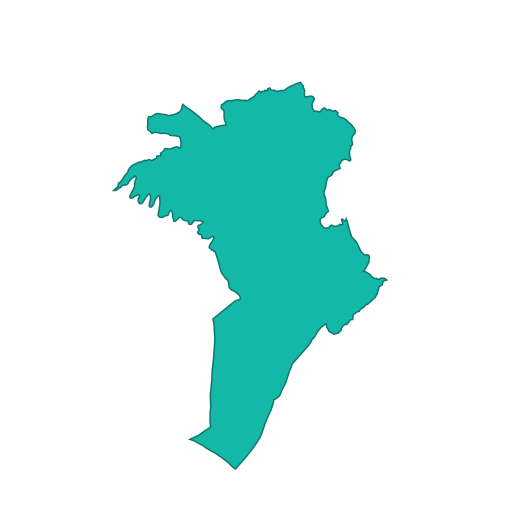 outline of Los Reyes, Veracruz, Mexico, rotated 330°
{"feature_id": "50627088B91246987771554", "entity_name": "Los Reyes", "entity_type": "district", "adm_level": 2, "iso_a3": "MEX", "parent_name": "Mexico", "parent_adm1": "Veracruz", "projection": "orthographic", "projection_center": [-97.042, 18.672], "detail": "fine", "context": "isolated", "style": "filled", "palette": "teal", "viewbox_px": 512, "rotation_deg": 330, "n_neighbors": 0, "source": "geoboundaries", "source_scale": "gbopen_adm2", "svg_char_len": 6145}
<svg xmlns="http://www.w3.org/2000/svg" viewBox="0 0 512 512"><g transform="rotate(330 256 256)"><path d="M107.1,381.7L110.3,385.6L114.6,392.6L117.1,397.9L120.2,403.3L122.4,406.9L124.1,410.6L125.5,413.2L126.8,416.4L128.9,421.7L129.9,425.8L131.7,430.2L147.1,425.0L157.4,420.9L163.5,417.9L168.8,415.1L174.1,411.0L179.6,406.0L185.1,401.7L192.3,396.6L195.9,393.4L197.7,391.6L199.4,389.5L201.3,389.6L203.6,389.5L206.4,388.8L208.6,387.4L210.8,385.5L218.6,380.4L227.1,372.7L231.0,369.8L233.2,367.7L257.3,359.5L260.3,358.1L262.3,356.6L264.6,355.9L267.2,354.9L269.8,353.2L274.1,351.2L277.6,350.1L281.6,349.8L282.9,349.9L281.8,353.1L281.6,358.0L284.5,362.7L288.7,363.9L292.2,363.0L294.4,361.0L296.6,359.9L299.4,359.9L300.1,360.5L300.9,360.6L301.5,360.2L303.5,359.7L305.5,358.3L308.1,359.3L310.8,355.4L315.8,355.0L317.8,355.6L319.4,354.5L324.2,354.1L326.2,353.3L327.0,353.1L328.4,353.6L331.0,353.0L332.7,352.7L338.8,351.3L342.4,349.1L343.8,347.5L347.1,344.4L351.1,343.9L353.0,341.9L354.9,341.5L357.2,342.2L357.0,341.1L355.5,339.2L354.6,338.5L352.4,337.5L350.9,338.1L349.0,335.6L347.8,334.9L347.0,334.1L345.8,331.5L345.6,329.4L345.2,328.5L343.2,324.8L341.6,323.2L351.1,317.6L352.1,315.4L353.4,314.3L354.0,312.4L353.8,311.3L350.8,309.4L350.1,308.6L349.3,305.3L349.2,303.7L349.6,299.5L349.9,293.7L348.4,287.0L349.8,280.8L352.1,272.2L352.6,269.0L351.4,270.0L350.5,270.1L349.8,269.1L349.3,267.3L348.6,267.0L348.2,267.3L347.4,270.9L346.7,272.1L345.6,271.9L344.7,270.5L342.0,270.9L340.5,270.5L339.1,269.9L336.7,266.9L335.7,267.1L333.6,267.9L330.4,266.8L328.8,265.7L328.8,264.1L328.2,262.5L328.1,261.5L328.3,259.6L329.3,257.1L329.8,256.4L332.6,255.6L333.9,256.1L336.3,255.2L337.3,254.4L338.8,253.9L341.0,253.5L341.2,253.3L342.5,246.4L343.7,244.1L345.2,240.3L345.6,237.4L346.3,235.5L347.6,233.9L350.6,231.4L353.5,227.6L356.6,224.5L357.8,223.8L359.7,223.9L362.4,223.7L364.1,222.2L364.7,222.1L366.3,221.4L369.2,221.9L372.7,222.2L373.2,219.3L374.0,218.3L375.3,218.0L376.2,217.2L378.7,216.1L381.0,216.5L382.7,217.6L384.7,220.6L386.0,220.3L387.0,217.9L386.9,216.6L388.1,214.3L389.7,211.6L390.6,210.8L391.6,210.5L392.7,208.7L395.3,207.7L396.1,206.0L396.9,203.3L399.0,200.7L402.4,199.3L403.2,199.1L404.5,197.2L404.9,195.8L404.4,191.0L403.9,188.7L403.1,186.8L402.6,184.7L402.1,183.0L400.7,180.4L397.7,177.3L397.3,175.7L397.1,174.1L398.6,173.2L397.9,170.5L397.0,169.4L396.1,169.8L395.2,169.3L392.7,165.6L391.8,165.6L390.5,165.3L390.3,164.4L389.3,162.0L388.3,161.7L387.4,161.9L386.0,162.2L383.5,163.2L382.4,162.5L380.8,160.8L379.0,160.1L378.6,156.6L379.2,155.1L380.4,152.6L381.8,151.4L383.2,150.5L384.4,150.1L385.2,148.2L384.8,146.3L383.8,145.2L382.7,144.5L380.7,144.0L378.6,143.1L378.1,141.7L378.5,140.4L379.4,138.9L380.7,137.3L381.2,134.9L381.1,133.4L382.1,132.4L381.3,129.8L381.5,128.0L377.0,126.9L375.3,126.9L371.6,126.3L366.8,126.2L364.3,126.7L362.9,126.7L360.9,125.4L355.8,123.6L354.6,121.3L353.1,120.9L352.1,119.8L351.9,117.3L349.7,117.1L349.0,118.7L346.3,116.9L345.2,117.6L344.1,116.7L342.8,116.6L342.1,117.1L341.1,114.5L338.1,115.7L336.1,116.0L334.2,116.9L329.7,117.0L327.7,117.3L324.9,116.7L324.4,115.5L323.5,115.3L322.4,114.7L318.5,111.7L315.7,110.3L312.6,109.5L310.8,108.1L308.2,107.1L303.3,107.9L301.8,107.8L299.8,110.3L300.1,111.7L300.6,112.8L300.8,114.7L297.8,119.7L296.8,122.3L295.8,127.6L291.0,125.7L284.5,123.7L282.3,124.9L281.2,119.7L277.7,111.9L276.4,107.0L272.8,98.0L269.9,92.2L268.5,88.1L266.7,89.4L265.1,91.5L262.3,93.0L258.1,92.9L256.0,92.6L251.6,91.2L250.1,90.4L248.8,88.8L247.0,87.3L244.6,85.6L242.7,83.8L241.1,83.0L239.3,82.8L236.1,83.0L234.5,82.7L232.4,81.8L229.8,84.6L229.3,85.8L226.1,90.8L225.5,92.7L226.5,94.7L227.2,97.9L229.9,98.1L232.9,100.2L234.4,102.1L237.0,103.4L239.1,104.6L241.3,106.6L242.0,108.7L246.1,111.4L248.3,113.3L249.5,114.8L248.5,118.6L247.6,120.5L244.9,124.8L243.1,123.1L241.7,121.6L236.9,120.7L234.8,120.4L231.5,117.8L230.5,117.5L229.6,118.4L225.7,119.3L224.7,119.2L223.6,121.7L221.0,120.3L220.0,120.1L218.7,121.8L216.8,121.2L215.3,121.4L213.5,121.2L211.5,118.9L208.3,118.6L207.6,117.5L203.9,117.1L201.8,116.3L194.5,115.6L192.1,116.2L190.5,116.7L188.9,117.5L187.9,118.2L186.8,119.4L185.1,120.0L182.1,120.9L179.2,122.7L174.9,124.3L173.3,124.1L171.1,126.8L165.5,128.1L167.3,129.1L172.1,128.8L173.7,128.8L175.7,128.0L179.5,129.6L181.3,129.3L182.8,128.3L187.9,126.5L189.9,126.6L190.8,126.1L191.9,126.7L191.0,129.2L189.7,130.0L188.7,130.8L186.5,133.4L185.3,135.4L178.0,140.1L176.6,141.1L176.1,142.0L176.6,143.4L177.3,143.7L178.5,144.0L179.7,143.6L184.9,144.0L185.4,144.5L185.3,145.4L184.2,146.6L182.8,147.3L181.5,149.4L181.2,150.9L181.4,152.3L182.2,153.2L184.2,153.3L189.1,150.6L191.9,149.5L193.3,148.5L194.9,149.3L194.6,150.9L193.4,153.7L189.9,157.3L188.5,159.4L188.5,160.2L189.3,161.1L190.4,161.2L192.9,160.2L197.0,156.7L201.1,155.1L202.3,155.4L202.3,156.3L200.9,158.9L200.2,160.7L198.5,163.2L194.8,167.9L192.6,170.3L191.6,171.8L191.6,173.0L192.0,174.1L194.1,175.8L195.3,175.9L196.8,175.7L200.1,176.7L201.8,175.3L204.0,173.9L205.2,174.1L205.4,175.3L205.1,177.1L204.6,178.5L203.7,179.9L203.2,181.3L202.9,182.6L202.3,184.3L202.5,185.3L204.4,185.4L209.0,184.3L210.7,185.4L210.8,187.8L212.1,189.7L214.4,191.3L214.2,193.4L213.9,195.0L215.0,195.9L216.4,196.1L217.9,195.2L219.2,195.0L220.1,194.2L224.0,196.8L225.9,197.9L227.2,200.1L225.6,200.9L223.9,201.2L221.6,200.7L220.7,201.0L220.1,201.8L220.0,205.1L217.5,206.0L217.1,206.5L217.3,207.7L217.4,208.7L218.6,209.6L219.4,210.9L218.4,212.8L218.3,214.0L220.2,214.9L223.1,217.2L228.0,217.4L228.8,217.7L229.1,218.6L226.4,220.8L225.6,221.4L222.5,222.7L220.9,223.9L219.8,225.0L219.7,225.9L220.4,227.3L220.6,228.7L221.9,229.9L221.9,231.3L222.9,231.9L219.7,245.7L219.1,247.2L218.0,251.7L217.8,254.2L218.2,257.2L218.3,259.4L219.1,261.7L219.5,263.6L217.1,269.7L217.2,271.0L217.7,272.9L219.5,275.5L220.5,277.5L221.3,279.6L222.0,283.1L221.2,285.3L219.8,285.4L218.7,285.3L217.3,284.9L215.2,284.5L187.3,289.0L186.8,290.0L186.4,291.7L184.7,296.1L183.3,298.2L181.7,301.8L178.4,308.1L167.9,323.7L160.1,334.2L156.1,340.8L146.7,353.9L140.7,365.1L138.4,368.0L133.8,375.7L131.3,381.1L130.3,381.5L129.3,381.6L122.7,381.9L116.3,382.6L107.1,381.7Z" fill="#14b8a6" stroke="#0f766e" stroke-width="1.5"/></g></svg>